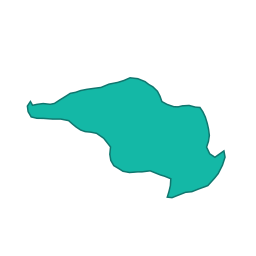 Taquaral, São Paulo, Brazil, rotated 202°
{"feature_id": "56859067B97918331690262", "entity_name": "Taquaral", "entity_type": "district", "adm_level": 2, "iso_a3": "BRA", "parent_name": "Brazil", "parent_adm1": "São Paulo", "projection": "natural_earth1", "projection_center": [-48.393, -21.068], "detail": "fine", "context": "isolated", "style": "filled", "palette": "teal", "viewbox_px": 256, "rotation_deg": 202, "n_neighbors": 0, "source": "geoboundaries", "source_scale": "gbopen_adm2", "svg_char_len": 1124}
<svg xmlns="http://www.w3.org/2000/svg" viewBox="0 0 256 256"><g transform="rotate(202 128 128)"><path d="M30.5,142.7L36.5,133.4L42.6,134.7L48.0,139.7L48.4,145.7L49.8,151.6L52.9,157.1L56.2,161.9L60.4,167.1L64.6,171.0L69.0,174.0L73.3,172.6L79.8,171.8L85.9,168.9L89.4,166.4L93.5,164.9L100.6,164.5L106.5,165.2L110.3,169.5L114.5,173.1L120.4,175.5L124.9,176.1L129.6,177.4L137.4,177.4L144.9,175.3L149.6,170.5L154.6,166.4L162.0,161.6L168.2,155.5L174.8,151.8L180.7,148.4L185.9,145.0L189.9,141.5L194.5,138.5L197.1,134.8L201.6,128.7L205.4,123.2L209.0,120.8L215.8,118.9L221.3,115.8L225.0,113.3L228.4,116.0L229.5,110.6L226.7,105.7L221.9,102.0L216.1,102.9L210.1,105.2L201.1,108.1L193.7,111.1L185.8,112.6L180.7,110.8L176.2,109.4L171.1,108.4L166.4,108.6L161.0,110.2L155.1,111.3L146.7,109.4L137.1,103.9L135.0,96.8L131.8,91.5L127.1,87.8L121.4,86.9L116.5,86.0L109.9,87.3L102.5,91.0L98.6,92.6L91.4,96.6L80.4,96.6L75.9,97.0L69.3,97.0L67.1,90.4L66.2,84.4L65.7,78.6L61.1,79.9L56.4,84.4L50.6,89.9L44.9,92.9L39.8,97.8L32.4,104.5L28.9,114.1L27.3,119.5L26.5,128.9L27.1,137.3L30.5,142.7Z" fill="#14b8a6" stroke="#0f766e" stroke-width="1.5"/></g></svg>